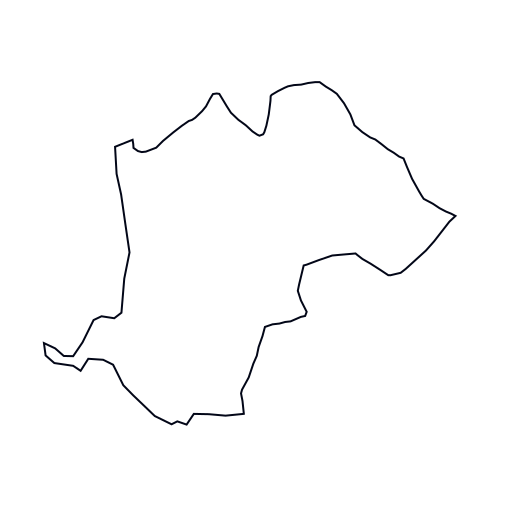 outline of Al-Kufa, An-Najaf, Iraq, rotated 15°
{"feature_id": "34846034B35255353982404", "entity_name": "Al-Kufa", "entity_type": "district", "adm_level": 2, "iso_a3": "IRQ", "parent_name": "Iraq", "parent_adm1": "An-Najaf", "projection": "albers", "projection_center": [44.484, 32.07], "detail": "fine", "context": "isolated", "style": "outline", "palette": "ink", "viewbox_px": 512, "rotation_deg": 15, "n_neighbors": 0, "source": "geoboundaries", "source_scale": "gbopen_adm2", "svg_char_len": 1833}
<svg xmlns="http://www.w3.org/2000/svg" viewBox="0 0 512 512"><g transform="rotate(15 256 256)"><path d="M291.5,78.2L286.1,76.2L279.6,74.3L272.5,71.6L268.0,72.8L261.6,75.4L255.2,78.8L248.4,81.1L243.0,83.8L240.1,86.1L234.6,91.0L229.4,96.3L228.8,97.8L229.8,102.4L230.4,106.6L231.7,116.1L232.3,127.5L232.0,134.3L231.4,136.6L228.2,138.9L225.9,138.5L220.4,136.6L212.4,132.4L203.7,129.0L194.7,124.1L189.2,119.1L178.6,108.9L176.0,109.2L172.5,110.7L170.9,116.1L169.0,124.4L166.4,130.1L161.6,138.1L159.0,141.1L156.1,143.0L150.6,149.5L144.2,157.9L136.4,168.9L131.6,177.2L122.6,183.7L118.7,185.2L114.8,185.2L109.7,183.3L108.4,179.5L106.7,175.7L97.2,182.8L91.6,187.0L100.1,212.8L109.8,231.5L121.6,259.1L132.9,285.3L134.6,311.9L140.7,345.6L135.2,352.8L122.4,354.2L115.7,359.9L110.8,384.3L105.3,400.1L96.2,402.3L85.9,397.2L73.7,395.0L78.5,406.5L88.9,411.6L107.8,409.4L116.3,412.3L120.6,398.7L135.2,395.8L146.1,398.0L161.3,415.2L173.5,422.4L199.7,436.8L218.0,440.4L222.8,436.1L232.6,436.8L236.8,424.6L251.4,421.0L254.3,420.5L267.9,418.1L284.9,411.7L285.1,411.6L280.5,399.6L277.1,392.6L277.1,388.7L280.4,375.2L281.3,360.7L282.6,352.2L282.1,343.2L283.0,331.7L283.0,322.2L289.7,317.7L296.1,315.2L301.2,312.2L306.3,310.2L315.1,303.2L319.0,301.2L319.4,296.8L310.9,287.3L305.4,278.8L305.0,272.3L304.5,252.8L307.1,251.3L317.6,243.8L329.5,235.8L341.8,231.3L351.5,227.8L353.6,228.8L359.5,231.3L368.8,233.8L379.8,237.3L388.7,240.3L390.8,239.8L400.1,234.8L403.9,229.8L418.7,206.8L424.2,195.8L428.0,186.8L433.9,172.8L438.3,165.7L433.5,164.6L428.0,163.9L420.9,162.3L413.2,159.7L403.2,157.4L400.3,154.8L396.8,151.4L386.8,141.1L378.7,130.8L373.3,123.6L368.4,122.9L362.3,120.6L355.6,118.7L348.8,115.7L341.1,112.6L335.6,111.9L326.6,108.8L322.1,106.6L317.3,104.3L310.5,94.8L301.5,85.7L292.2,78.5L291.5,78.2Z" fill="none" stroke="#020617" stroke-width="2"/></g></svg>